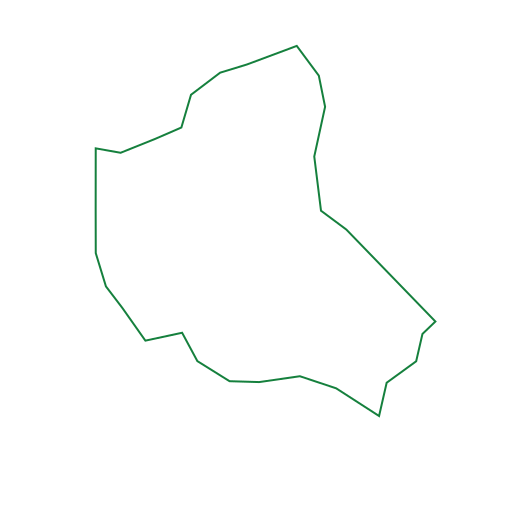 Uijeongbu-si, Gyeonggi, South Korea (Natural Earth projection), rotated 73°
{"feature_id": "91817680B6871011244235", "entity_name": "Uijeongbu-si", "entity_type": "district", "adm_level": 2, "iso_a3": "KOR", "parent_name": "South Korea", "parent_adm1": "Gyeonggi", "projection": "natural_earth1", "projection_center": [127.071, 37.727], "detail": "fine", "context": "isolated", "style": "outline", "palette": "green", "viewbox_px": 512, "rotation_deg": 73, "n_neighbors": 0, "source": "geoboundaries", "source_scale": "gbopen_adm2", "svg_char_len": 533}
<svg xmlns="http://www.w3.org/2000/svg" viewBox="0 0 512 512"><g transform="rotate(73 256 256)"><path d="M371.1,103.6L257.1,161.9L231.7,180.6L177.9,171.2L133.5,146.3L101.9,143.2L67.0,155.6L70.2,208.7L70.2,236.7L82.8,271.0L111.3,289.8L114.5,317.9L117.7,355.3L106.2,377.8L165.2,395.9L206.4,408.4L241.2,408.4L266.6,399.0L303.5,386.9L304.6,386.5L307.8,349.1L339.4,342.8L368.0,317.9L377.5,289.8L383.8,249.2L406.0,218.0L445.0,185.1L415.4,168.1L403.5,133.6L379.2,119.6L371.1,103.6Z" fill="none" stroke="#15803d" stroke-width="2"/></g></svg>